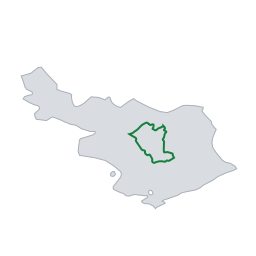 Armenia, with Kotayk highlighted, rotated 162°
{"feature_id": "ARM-1673", "entity_name": "Kotayk", "entity_type": "Province", "adm_level": 1, "iso_a3": "ARM", "parent_name": "Armenia", "parent_adm1": "", "projection": "robinson", "projection_center": [44.631, 40.391], "detail": "fine", "context": "in_parent", "style": "outline", "palette": "green", "viewbox_px": 256, "rotation_deg": 162, "n_neighbors": 0, "source": "natural_earth", "source_scale": "10m", "svg_char_len": 3425}
<svg xmlns="http://www.w3.org/2000/svg" viewBox="0 0 256 256"><g transform="rotate(162 128 128)"><path d="M113.5,154.2L111.5,151.2L101.5,141.2L92.2,133.6L85.9,130.5L79.5,130.8L69.5,132.3L65.8,131.7L57.2,128.4L50.0,124.4L50.9,122.8L52.5,121.6L50.7,116.5L46.7,108.3L47.1,105.7L45.9,102.2L44.5,99.5L50.2,93.0L52.8,87.9L53.4,82.9L51.9,77.6L48.2,68.2L45.9,65.4L41.7,62.9L38.1,58.7L37.2,55.7L40.3,55.1L49.0,55.0L57.5,54.0L64.2,52.0L73.8,50.4L77.8,48.9L82.5,48.2L96.5,49.8L101.8,48.6L117.7,48.4L118.1,47.8L115.9,45.8L115.9,45.0L125.4,43.7L126.8,42.8L128.1,46.0L131.6,49.5L135.5,50.9L137.6,52.9L137.7,54.3L130.8,56.1L130.4,57.0L130.8,57.9L132.8,58.3L142.5,62.8L147.9,62.9L150.8,64.2L152.3,66.8L156.9,70.4L160.5,73.9L160.8,75.1L160.1,76.9L149.9,83.7L148.6,86.1L148.4,88.6L153.0,96.0L159.6,104.1L169.2,110.2L182.5,116.9L182.7,121.0L180.6,125.9L178.8,129.3L178.0,131.5L176.4,132.5L163.3,132.3L161.3,133.1L160.4,134.1L160.4,134.9L165.1,136.4L172.5,141.7L176.8,146.8L181.2,149.1L186.2,153.2L190.2,157.0L196.4,161.9L203.3,160.3L212.6,164.7L213.0,167.7L212.5,170.4L206.7,173.3L205.9,174.5L206.0,175.5L206.7,176.9L210.2,179.3L214.2,182.9L218.8,188.1L216.8,189.7L212.5,189.9L209.2,189.3L208.1,190.4L208.2,192.1L212.5,196.1L213.3,199.0L213.2,204.1L213.5,210.5L203.4,210.1L194.9,213.2L191.6,212.6L189.5,207.1L187.6,202.7L182.1,191.4L183.6,186.7L180.5,184.0L173.2,179.2L171.3,177.2L172.3,174.5L173.0,169.5L172.3,165.4L170.3,164.2L166.7,164.1L162.3,165.1L153.4,169.0L147.2,166.5L143.6,164.0L141.5,161.9L136.9,163.6L135.8,162.8L135.5,157.6L134.1,154.7L131.3,151.5L128.7,149.9L119.2,153.1L113.5,154.2ZM128.1,61.3L128.4,59.4L128.0,57.7L126.4,57.2L124.6,57.6L124.4,59.5L125.0,61.3L126.9,62.1L128.1,61.3ZM158.6,90.1L156.4,91.3L154.4,90.7L154.3,87.8L155.8,86.7L157.5,86.7L159.2,87.8L158.6,90.1Z" fill="#d9dde1" stroke="#a8b0b8" stroke-width="1"/><path d="M113.7,86.7L115.1,87.7L115.3,89.1L115.1,89.5L114.7,90.2L114.6,90.8L114.6,91.4L115.3,95.2L115.5,95.7L115.8,96.0L116.2,96.1L117.5,96.0L117.8,96.1L118.1,96.4L118.5,96.8L119.2,97.8L119.4,98.4L119.5,99.0L119.4,99.5L119.1,100.4L119.0,100.9L119.1,101.2L119.3,101.5L121.0,102.5L121.5,103.0L121.7,103.5L124.4,112.8L124.5,113.6L124.0,114.2L123.7,114.6L123.5,115.4L123.6,115.9L123.8,116.3L127.7,120.6L128.6,121.8L126.4,121.7L124.7,121.9L122.4,122.8L120.4,123.3L118.7,124.0L114.4,126.3L112.0,127.0L109.1,127.4L108.8,127.4L108.1,127.0L107.7,126.7L107.1,125.4L106.6,125.2L106.1,124.1L105.7,123.9L105.4,123.8L104.2,123.9L103.2,123.8L102.9,123.6L102.7,123.2L102.8,122.7L103.0,122.2L103.1,121.8L103.3,121.4L103.5,121.1L104.5,120.2L104.7,119.9L104.9,119.6L104.8,119.4L104.5,119.1L104.0,118.7L103.2,117.7L102.6,117.4L102.2,117.2L101.5,117.4L99.9,118.1L99.6,118.2L97.3,118.4L96.6,118.3L96.4,118.3L95.9,118.6L95.7,118.6L95.4,118.7L95.1,118.6L94.5,118.5L94.3,118.6L94.2,118.6L94.0,118.8L93.9,118.9L93.8,119.2L93.0,117.6L92.9,116.8L92.9,116.3L93.1,116.0L93.8,115.6L94.1,115.3L94.4,115.0L94.4,114.7L94.3,114.4L93.6,114.0L93.2,113.6L92.8,112.9L92.8,112.5L93.0,112.1L93.4,112.0L93.8,111.9L94.3,111.6L94.8,111.1L96.9,107.6L97.8,107.1L98.3,106.6L98.5,106.1L98.4,105.7L98.0,104.7L97.9,104.1L100.6,96.6L101.1,94.8L101.1,93.7L100.7,93.5L100.3,93.4L98.2,93.0L97.7,92.8L94.0,90.3L93.6,89.8L93.5,89.5L93.8,88.5L93.8,87.9L93.4,85.5L98.2,84.3L99.6,84.2L100.5,84.8L101.1,85.1L101.6,85.0L102.7,84.5L103.1,84.5L103.5,84.6L106.3,86.0L108.7,86.7L111.4,86.9L112.0,86.9L113.7,86.7Z" fill="none" stroke="#15803d" stroke-width="2"/></g></svg>